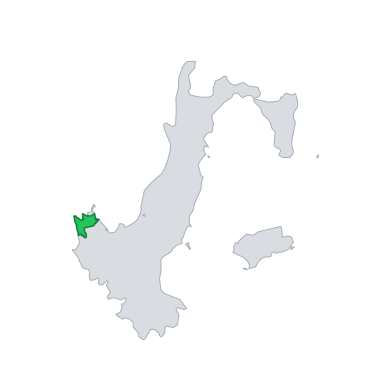 Italy, with Udine highlighted, rotated 248°
{"feature_id": "ITA-5455", "entity_name": "Udine", "entity_type": "Province", "adm_level": 1, "iso_a3": "ITA", "parent_name": "Italy", "parent_adm1": "", "projection": "robinson", "projection_center": [13.121, 46.147], "detail": "fine", "context": "in_parent", "style": "filled", "palette": "green", "viewbox_px": 384, "rotation_deg": 248, "n_neighbors": 0, "source": "natural_earth", "source_scale": "10m", "svg_char_len": 5715}
<svg xmlns="http://www.w3.org/2000/svg" viewBox="0 0 384 384"><g transform="rotate(248 192 192)"><path d="M78.0,88.5L80.2,89.6L88.6,87.1L93.6,88.6L97.8,86.2L100.6,82.5L100.1,79.8L106.8,75.4L107.4,80.4L111.0,83.8L114.6,84.7L113.7,86.7L117.2,90.9L118.7,90.5L119.1,89.7L118.3,86.2L123.5,79.4L123.8,74.6L124.7,74.1L127.2,74.4L129.1,78.9L137.5,77.5L140.3,80.9L141.6,80.2L139.5,74.4L140.6,71.5L142.8,70.9L144.3,72.4L147.5,72.7L147.7,71.0L146.9,69.8L148.1,64.8L152.8,65.3L155.6,67.1L159.0,67.0L161.8,63.0L164.1,62.0L174.8,61.7L182.8,59.3L183.4,59.9L182.0,61.8L182.4,63.0L187.1,68.9L213.7,73.5L213.3,74.9L207.6,78.6L207.2,80.0L208.0,81.2L212.3,82.1L209.4,85.6L209.4,86.9L211.7,87.1L211.4,91.3L214.2,92.6L217.3,96.3L214.2,97.0L215.4,96.0L212.3,92.4L209.0,93.9L203.7,92.4L200.1,95.7L187.9,100.0L190.0,98.1L189.1,98.0L184.7,100.6L183.7,105.7L187.1,110.8L189.7,112.6L188.5,115.7L186.9,116.9L184.7,116.1L184.1,118.9L185.2,126.4L187.1,131.6L193.1,137.5L197.6,139.3L211.1,148.3L216.1,158.2L220.4,170.8L224.0,175.4L231.4,182.1L238.2,187.0L244.5,190.1L261.1,189.9L265.3,191.0L265.8,193.1L265.0,194.5L260.1,198.1L259.9,200.8L262.3,202.8L273.6,208.0L285.2,212.3L293.0,218.0L303.2,222.7L311.2,230.0L314.1,233.8L314.7,236.8L312.8,241.9L311.8,244.0L306.2,241.1L301.5,232.3L291.6,230.7L288.7,229.2L287.0,226.6L283.9,226.3L281.8,227.7L276.5,235.9L273.7,243.0L273.5,245.9L275.2,248.7L280.0,250.3L286.1,255.4L286.4,261.6L287.6,265.2L286.0,267.2L282.9,266.7L278.7,268.0L275.8,270.3L274.7,272.5L274.5,280.4L268.9,284.5L264.3,292.4L257.2,292.5L255.5,290.0L255.4,286.4L256.6,284.1L259.2,283.1L260.9,278.5L260.3,275.1L261.3,273.6L267.0,271.4L267.2,266.7L265.0,264.6L263.2,256.1L256.0,239.7L253.7,238.1L247.6,237.6L240.4,233.3L239.9,231.5L241.1,229.8L240.3,227.4L238.0,223.3L236.4,222.4L227.5,224.1L230.0,220.8L226.8,218.7L221.3,218.7L221.3,217.2L217.4,210.6L214.7,207.9L204.6,206.5L201.3,207.7L196.3,203.5L191.7,201.9L180.2,189.9L174.7,186.3L171.2,181.0L164.1,177.6L160.9,178.4L160.1,177.7L161.8,176.7L161.5,174.7L156.8,169.5L154.0,167.8L152.1,164.5L148.1,163.7L148.3,157.6L146.8,153.4L144.2,149.7L142.8,141.1L141.7,138.7L138.8,136.8L132.3,134.7L123.3,129.2L112.6,126.5L108.2,128.5L96.7,140.5L86.1,143.3L86.0,140.8L90.1,135.2L89.3,133.1L82.8,133.8L74.3,128.7L73.3,124.3L75.8,120.0L77.3,119.0L76.6,116.2L71.4,113.8L69.4,110.1L69.3,108.8L70.7,108.2L73.7,108.4L78.6,105.7L80.1,102.2L73.2,93.1L73.5,91.3L78.0,88.5ZM188.9,139.8L189.3,137.6L187.1,139.0L187.7,140.0L188.9,139.8ZM255.2,284.0L246.8,296.4L244.0,304.8L244.4,308.0L246.9,310.3L245.7,311.3L248.3,315.2L248.3,316.3L244.5,320.8L244.5,324.7L237.3,324.1L231.4,321.8L228.5,317.3L226.2,315.4L223.7,314.0L218.7,314.0L216.4,313.1L203.0,304.3L197.8,302.0L191.7,301.3L189.3,299.4L187.4,295.5L189.8,289.5L193.8,286.2L197.3,290.0L200.4,288.7L200.6,287.5L202.8,286.0L205.6,286.0L216.1,291.4L221.7,289.9L226.7,290.5L231.3,289.7L237.3,286.6L244.3,287.0L252.3,283.4L255.2,284.0ZM129.0,216.9L132.5,226.7L129.0,232.6L130.2,239.0L126.9,260.9L125.3,261.6L116.2,259.0L115.4,264.1L114.2,266.1L112.4,267.4L107.5,267.1L102.8,259.9L102.5,252.8L103.5,250.7L103.7,246.6L105.6,246.3L105.8,243.6L104.7,242.1L102.9,241.6L102.9,238.5L104.3,236.1L104.4,232.0L102.0,226.7L98.7,222.8L99.6,216.1L102.4,217.8L106.8,217.7L112.1,215.2L120.7,207.3L121.8,208.8L125.4,210.1L128.7,213.5L127.4,215.6L129.0,216.9ZM145.6,166.5L146.3,168.0L146.0,170.2L144.3,168.9L140.1,169.4L139.6,168.3L144.8,167.4L145.6,166.5ZM104.0,263.4L102.7,266.0L101.4,262.6L101.6,262.2L104.0,263.4ZM102.2,211.3L100.2,214.0L99.2,214.0L101.7,210.8L102.2,211.3ZM179.1,322.9L176.8,322.3L176.7,321.0L178.6,321.2L179.1,322.9ZM219.6,220.6L217.6,221.3L217.7,220.0L219.6,220.6Z" fill="#d9dde1" stroke="#a8b0b8" stroke-width="1"/><path d="M194.4,70.4L194.9,70.6L196.1,71.2L200.8,71.5L202.5,71.9L203.8,72.5L204.2,72.7L205.0,72.7L207.1,72.3L208.0,72.5L209.2,72.4L209.3,72.4L209.6,72.7L209.8,72.8L210.6,72.8L213.1,73.5L213.4,73.6L213.7,73.5L213.7,73.9L213.6,74.0L213.5,74.8L213.4,74.9L213.2,75.2L212.9,75.4L212.4,75.4L211.7,75.4L211.2,75.8L210.7,76.4L210.2,76.8L209.3,77.2L208.8,77.5L208.6,77.7L208.3,77.7L208.1,77.9L207.8,78.4L207.5,78.9L207.4,79.0L206.9,79.3L207.1,79.5L207.2,79.8L207.3,80.5L207.6,80.8L207.7,81.1L207.8,81.4L208.4,81.3L208.1,80.8L208.4,80.9L209.0,81.0L209.3,81.1L209.9,81.2L210.2,81.4L210.8,82.0L211.4,82.0L212.0,82.0L212.4,82.0L212.5,82.3L212.6,82.5L212.0,83.4L210.1,84.7L209.8,84.9L209.3,85.5L209.5,85.6L209.5,85.8L209.3,86.1L209.2,86.2L208.9,86.4L209.0,86.7L208.9,86.8L208.8,87.0L208.7,87.1L208.4,87.4L207.8,88.7L207.7,89.4L208.3,92.2L208.3,92.8L208.2,93.2L208.1,93.5L207.3,93.4L207.0,93.0L206.7,93.1L204.7,92.7L204.0,92.2L203.9,92.2L203.7,92.2L202.9,92.4L202.7,92.8L202.3,92.8L202.2,92.4L201.9,92.3L201.7,92.7L201.8,92.9L202.0,93.0L201.5,93.2L201.1,93.5L200.9,93.8L201.0,94.2L201.4,94.4L201.8,94.4L202.5,94.1L202.3,94.4L201.6,94.9L201.4,95.4L201.1,95.0L201.0,94.8L200.6,93.7L200.3,93.3L200.2,93.2L200.1,92.9L200.0,92.7L199.5,92.1L199.5,91.9L199.4,91.6L199.4,91.3L199.5,91.0L199.4,90.8L199.0,90.6L199.0,89.9L198.7,89.5L198.2,89.2L197.8,88.8L197.6,88.2L197.6,87.6L198.4,82.6L198.6,82.2L198.5,81.9L198.4,81.7L198.4,81.4L198.5,81.2L198.9,80.6L199.0,80.4L199.1,80.1L199.1,79.9L198.9,79.4L198.9,78.5L198.8,78.3L198.7,78.2L197.8,78.1L197.4,78.2L197.2,78.2L196.8,77.9L196.7,77.8L196.1,77.8L195.5,77.6L195.3,77.6L195.1,77.6L194.4,78.0L193.2,78.2L192.3,78.0L192.0,77.9L191.5,77.6L191.3,77.4L190.2,77.4L189.6,76.6L189.4,76.4L189.5,75.9L189.8,75.5L189.9,75.4L190.0,75.3L190.4,75.1L191.3,74.9L192.2,74.9L192.5,75.0L192.8,75.0L192.9,74.9L192.9,74.7L192.6,74.4L192.4,74.3L192.3,74.2L192.7,73.6L192.8,73.5L192.9,73.4L193.1,73.4L193.3,73.3L194.6,73.1L194.7,72.9L194.6,72.7L194.7,72.2L194.5,71.6L194.4,70.4Z" fill="#22c55e" stroke="#15803d" stroke-width="1.5"/></g></svg>